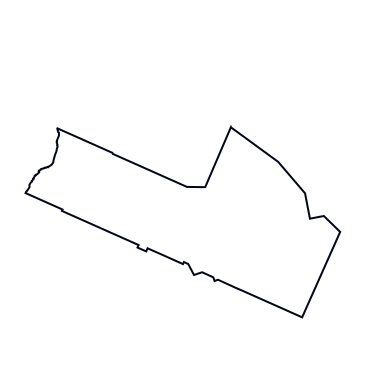 the district of 83, Ar Rayyān, Qatar, rotated 24°
{"feature_id": "91078587B29732052080276", "entity_name": "83", "entity_type": "district", "adm_level": 2, "iso_a3": "QAT", "parent_name": "Qatar", "parent_adm1": "Ar Rayyān", "projection": "mercator", "projection_center": [50.853, 25.078], "detail": "fine", "context": "isolated", "style": "outline", "palette": "ink", "viewbox_px": 384, "rotation_deg": 24, "n_neighbors": 0, "source": "geoboundaries", "source_scale": "gbopen_adm2", "svg_char_len": 1622}
<svg xmlns="http://www.w3.org/2000/svg" viewBox="0 0 384 384"><g transform="rotate(24 192 192)"><path d="M273.1,261.8L273.1,261.7L343.6,261.7L343.6,168.2L322.2,160.3L310.6,168.4L295.8,147.2L258.4,129.4L201.3,117.1L201.2,117.0L202.1,182.2L185.4,189.4L104.1,189.4L103.3,188.6L43.2,188.6L43.2,188.8L43.2,189.1L43.7,189.4L44.2,189.9L44.2,190.3L45.2,191.3L45.5,191.8L46.3,191.9L47.3,194.0L47.5,195.0L47.7,199.7L47.9,200.1L47.9,201.1L48.0,201.2L48.4,201.3L48.5,202.2L49.2,202.8L49.5,203.0L49.6,203.7L49.7,203.8L49.8,204.0L50.0,204.0L50.0,204.5L50.6,205.0L50.9,205.8L50.9,207.5L51.4,209.1L51.6,209.7L51.8,214.0L52.0,215.5L52.2,216.1L52.2,216.7L52.4,218.1L52.6,218.7L52.6,219.4L52.8,220.4L53.0,220.6L53.2,221.4L52.8,223.9L52.6,224.1L52.2,225.1L51.8,225.5L51.4,226.3L51.0,226.7L50.6,227.4L50.5,227.8L49.9,227.8L49.7,228.2L49.0,229.0L48.6,228.9L48.2,229.2L48.1,229.6L47.8,230.0L47.3,230.0L47.2,230.2L47.1,230.4L46.4,231.3L46.0,231.4L45.2,232.1L45.2,232.5L44.6,232.7L44.5,233.3L44.1,234.1L44.0,234.9L43.5,234.9L43.5,235.5L44.0,235.8L44.3,236.0L44.1,237.2L43.9,237.4L43.4,238.6L42.8,239.5L42.7,239.9L42.3,239.9L41.8,241.1L42.0,241.3L42.0,242.1L41.8,242.3L41.8,243.5L41.9,243.8L41.6,243.8L41.4,244.3L41.4,244.9L41.6,245.2L41.5,247.4L41.2,247.4L41.2,247.7L41.2,248.1L40.8,249.3L40.6,251.5L40.8,252.2L41.4,253.0L41.6,253.6L41.2,256.5L41.0,256.9L41.0,257.7L40.8,257.9L40.6,258.9L40.4,259.1L40.4,260.7L80.9,260.7L80.9,262.2L164.8,262.2L164.8,264.9L174.3,264.9L174.3,261.5L213.1,261.5L213.1,259.3L217.8,259.3L227.6,267.0L233.9,261.2L246.2,261.3L248.8,264.1L251.4,261.6L273.1,261.8Z" fill="none" stroke="#020617" stroke-width="2"/></g></svg>